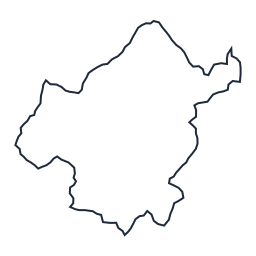 the district of Bicas, Minas Gerais, Brazil
{"feature_id": "56859067B9449186447624", "entity_name": "Bicas", "entity_type": "district", "adm_level": 2, "iso_a3": "BRA", "parent_name": "Brazil", "parent_adm1": "Minas Gerais", "projection": "orthographic", "projection_center": [-43.101, -21.732], "detail": "fine", "context": "isolated", "style": "outline", "palette": "slate", "viewbox_px": 256, "rotation_deg": 0, "n_neighbors": 0, "source": "geoboundaries", "source_scale": "gbopen_adm2", "svg_char_len": 1898}
<svg xmlns="http://www.w3.org/2000/svg" viewBox="0 0 256 256"><path d="M231.3,48.6L227.7,54.1L226.9,58.7L227.0,64.0L221.1,63.2L214.1,64.6L211.1,69.8L208.4,75.1L204.3,74.2L202.8,69.2L198.9,66.2L193.1,66.6L189.1,62.3L187.0,57.7L184.4,52.5L181.0,48.4L176.3,45.0L172.0,40.2L169.0,35.6L165.8,31.5L162.6,27.7L159.0,22.4L153.5,21.0L150.5,23.5L146.0,23.3L141.9,25.1L138.2,27.7L135.3,32.7L132.7,37.2L129.9,43.0L124.9,47.2L122.6,51.8L118.1,56.1L112.0,59.3L107.5,63.9L102.4,64.6L97.7,67.0L93.1,69.8L88.6,73.0L86.6,77.4L82.9,83.5L81.7,89.9L78.5,93.1L74.3,92.4L69.8,91.8L65.6,90.6L61.6,87.0L56.4,84.5L50.3,84.2L45.9,80.3L43.3,84.7L42.5,89.9L41.0,95.6L40.5,103.4L37.8,107.0L35.2,110.9L34.2,115.0L30.2,116.1L27.4,120.9L23.6,124.4L20.7,127.9L21.3,133.3L18.5,136.6L16.8,140.7L15.4,145.1L19.7,149.0L20.5,154.0L23.9,156.9L26.8,160.2L30.8,162.4L34.7,165.2L38.2,168.6L42.1,166.8L46.3,165.3L50.4,162.4L53.7,158.5L57.1,156.5L61.6,159.7L68.4,162.4L74.2,167.6L74.9,173.3L73.6,177.7L76.0,181.3L73.9,185.0L70.1,187.5L69.8,193.4L73.4,198.2L73.2,203.3L70.1,206.9L75.0,209.1L79.2,210.1L84.7,210.1L92.7,211.2L96.9,213.8L101.1,214.9L103.0,222.1L109.9,222.9L116.2,222.8L118.3,227.9L122.6,231.0L124.7,235.0L128.1,231.8L130.7,228.5L133.0,224.2L135.5,219.2L139.5,216.2L143.8,215.5L147.2,211.0L151.5,214.5L153.8,220.8L157.9,224.0L164.1,225.6L168.9,219.7L170.4,213.8L172.6,208.7L174.2,203.2L178.3,201.1L183.4,197.8L182.3,191.8L178.7,187.9L173.4,185.2L169.0,183.2L169.8,178.6L173.7,176.6L176.1,172.7L179.3,169.2L182.7,165.3L186.3,162.4L188.3,158.3L192.2,153.7L195.9,148.7L197.5,143.7L197.4,138.1L195.9,133.4L195.9,128.6L192.9,125.5L189.3,122.3L192.2,119.6L196.0,116.8L196.1,110.1L194.4,105.4L197.9,103.3L203.1,102.4L207.5,101.7L210.1,98.2L213.1,94.5L218.3,92.4L223.6,91.3L227.8,89.7L228.5,84.5L232.7,81.0L239.9,81.9L240.6,74.4L240.6,67.8L240.0,62.3L236.5,58.4L231.7,56.0L231.3,48.6Z" fill="none" stroke="#1e293b" stroke-width="2"/></svg>